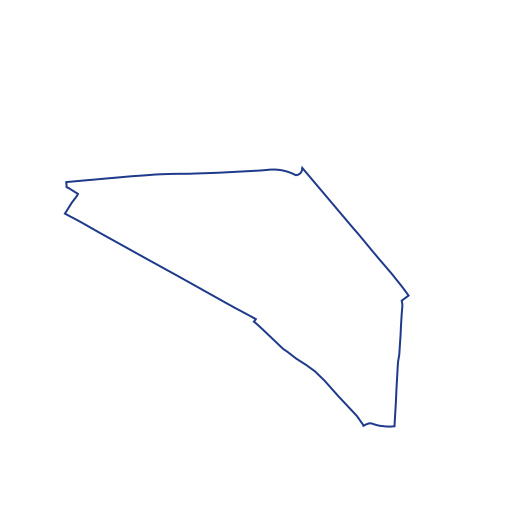 Al Sharabiyya, Al Qahirah, Egypt, rotated 298°
{"feature_id": "37247803B22012205190656", "entity_name": "Al Sharabiyya", "entity_type": "district", "adm_level": 2, "iso_a3": "EGY", "parent_name": "Egypt", "parent_adm1": "Al Qahirah", "projection": "albers", "projection_center": [31.264, 30.082], "detail": "fine", "context": "isolated", "style": "outline", "palette": "blue", "viewbox_px": 512, "rotation_deg": 298, "n_neighbors": 0, "source": "geoboundaries", "source_scale": "gbopen_adm2", "svg_char_len": 2081}
<svg xmlns="http://www.w3.org/2000/svg" viewBox="0 0 512 512"><g transform="rotate(298 256 256)"><path d="M169.1,455.8L170.7,458.2L182.2,452.9L190.1,449.3L199.0,445.1L204.4,442.5L212.2,438.9L223.9,433.5L229.0,431.2L234.9,429.2L235.3,429.1L235.7,429.0L243.3,425.6L254.2,420.7L260.9,417.5L261.5,417.2L262.2,416.9L272.7,412.1L280.6,408.7L281.5,408.2L282.3,407.7L284.3,406.2L284.6,405.9L285.0,405.6L292.7,409.3L295.1,404.4L297.7,398.8L301.2,390.7L304.5,383.1L305.6,380.1L306.1,378.9L306.6,377.7L310.7,367.1L315.4,355.5L322.5,338.3L323.8,335.1L325.9,329.5L355.5,255.5L354.8,255.7L354.4,255.9L353.9,256.1L353.3,256.3L352.5,256.5L351.9,256.5L351.4,256.5L350.8,256.5L350.3,256.4L349.8,256.2L349.2,256.0L348.7,255.8L348.3,255.5L347.8,255.2L347.4,254.8L347.0,254.4L346.7,254.0L346.3,253.6L346.0,253.0L346.0,252.2L346.0,251.4L346.0,250.5L345.9,249.7L345.8,248.9L345.8,248.1L345.7,247.2L345.6,246.4L345.4,245.6L345.3,244.8L345.2,244.0L345.0,243.2L344.8,242.4L344.6,241.6L344.4,240.7L344.2,240.0L344.0,239.2L343.7,238.4L343.5,237.6L343.2,236.8L342.9,236.0L342.6,235.3L342.3,234.5L341.9,233.7L341.6,233.0L341.2,232.2L340.9,231.5L340.5,230.8L340.1,230.1L339.7,229.3L339.3,228.6L338.9,227.9L338.4,227.2L338.0,226.5L337.8,226.3L337.4,225.7L333.7,220.0L311.5,183.1L298.9,161.2L298.6,160.7L298.3,160.3L296.6,157.2L292.9,150.3L289.4,143.9L285.7,137.4L280.9,129.2L274.5,119.2L268.0,108.7L242.4,69.4L233.0,55.0L232.6,54.4L232.2,53.8L227.8,56.5L227.9,57.1L228.0,57.7L228.0,58.4L228.0,59.1L227.4,67.0L227.3,69.6L225.9,69.7L224.4,69.6L216.5,68.3L209.2,67.8L203.7,67.4L203.7,85.5L203.1,106.9L202.1,162.7L201.7,191.9L201.5,202.8L200.8,235.9L200.5,249.8L200.3,262.1L200.3,274.9L200.2,285.5L197.0,285.0L197.0,285.3L196.7,287.0L195.2,293.1L195.0,293.6L194.9,294.2L188.3,317.9L186.6,324.0L186.3,327.8L184.3,339.5L183.3,351.8L181.8,362.4L180.4,367.1L178.2,374.8L170.8,394.7L165.8,409.4L162.1,420.2L157.8,428.7L157.3,429.8L156.5,430.6L158.2,431.7L159.0,432.3L161.4,434.5L161.9,435.6L162.4,436.6L163.3,441.8L164.3,445.3L166.3,450.3L168.3,454.5L169.1,455.8Z" fill="none" stroke="#1e3a8a" stroke-width="2"/></g></svg>